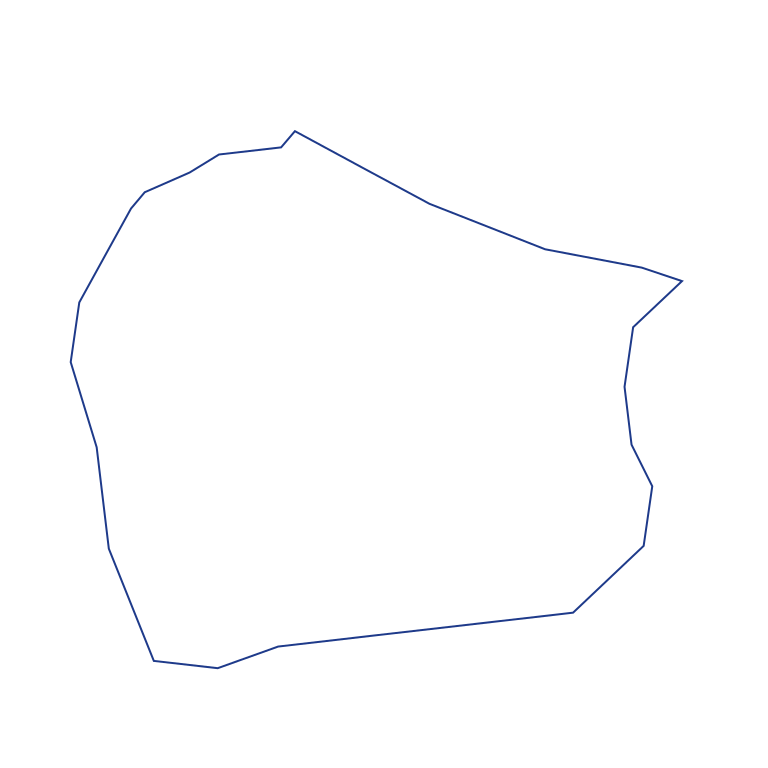 Tukjang, P'yŏngan-namdo, North Korea (orthographic projection), rotated 83°
{"feature_id": "82179303B96835998752740", "entity_name": "Tukjang", "entity_type": "district", "adm_level": 2, "iso_a3": "PRK", "parent_name": "North Korea", "parent_adm1": "P'yŏngan-namdo", "projection": "orthographic", "projection_center": [126.139, 39.616], "detail": "fine", "context": "isolated", "style": "outline", "palette": "blue", "viewbox_px": 768, "rotation_deg": 83, "n_neighbors": 0, "source": "geoboundaries", "source_scale": "gbopen_adm2", "svg_char_len": 512}
<svg xmlns="http://www.w3.org/2000/svg" viewBox="0 0 768 768"><g transform="rotate(83 384 384)"><path d="M122.2,441.6L136.6,457.3L136.1,519.8L150.4,551.1L164.5,598.1L179.0,613.7L222.4,645.1L265.9,676.5L324.1,692.3L411.8,676.9L513.9,677.2L630.8,646.2L645.8,583.7L631.7,521.1L632.4,427.4L633.4,302.3L633.9,239.8L634.0,224.2L576.3,146.0L518.2,130.2L474.4,145.7L416.1,145.6L358.0,129.8L318.2,75.7L299.9,114.0L269.9,207.7L210.7,316.9L166.5,379.3L122.2,441.6Z" fill="none" stroke="#1e3a8a" stroke-width="2"/></g></svg>